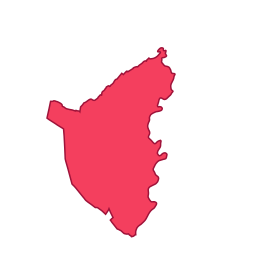 Cu Chi, Hồ Chí Minh city, Vietnam, rotated 41°
{"feature_id": "81297802B99873561685500", "entity_name": "Cu Chi", "entity_type": "district", "adm_level": 2, "iso_a3": "VNM", "parent_name": "Vietnam", "parent_adm1": "Hồ Chí Minh city", "projection": "equal_earth", "projection_center": [106.516, 11.037], "detail": "fine", "context": "isolated", "style": "filled", "palette": "rose", "viewbox_px": 256, "rotation_deg": 41, "n_neighbors": 0, "source": "geoboundaries", "source_scale": "gbopen_adm2", "svg_char_len": 5791}
<svg xmlns="http://www.w3.org/2000/svg" viewBox="0 0 256 256"><g transform="rotate(41 128 128)"><path d="M128.3,56.8L128.1,56.5L127.8,56.5L127.4,56.5L126.8,56.9L126.1,57.4L125.5,57.8L125.3,57.8L125.0,57.8L123.9,57.5L122.1,56.2L121.3,55.9L120.2,55.5L119.5,55.3L118.9,55.3L118.4,55.4L118.1,55.5L117.0,55.9L115.9,56.6L115.2,56.9L114.7,57.0L114.2,57.0L112.3,56.7L110.5,56.4L110.2,56.3L109.9,56.0L109.6,55.6L108.8,54.3L108.5,54.0L107.8,53.4L107.7,53.1L107.7,52.9L107.8,52.6L107.9,52.3L108.7,51.5L109.1,50.9L109.6,49.8L109.8,49.4L109.8,49.1L109.8,48.7L109.8,48.4L109.7,48.2L109.3,48.0L107.9,47.5L107.6,47.4L107.3,47.2L107.1,46.9L106.9,46.5L106.6,45.7L106.1,45.0L106.0,44.8L105.8,44.7L105.4,44.8L104.9,45.7L104.6,46.0L104.1,46.2L103.8,46.1L103.4,45.9L102.7,45.0L102.4,44.8L102.2,44.8L101.8,44.8L101.2,45.1L100.7,45.5L100.3,45.9L100.1,46.4L99.9,47.0L99.8,47.8L99.8,49.7L99.9,50.2L100.0,50.6L100.3,50.8L100.5,50.9L100.9,50.7L101.9,49.7L102.2,49.5L102.4,49.5L102.8,49.7L103.0,49.9L103.1,50.2L103.1,51.1L103.1,52.5L103.1,54.2L103.0,54.8L102.7,56.1L102.4,57.1L101.9,58.1L101.4,59.0L100.8,59.7L99.8,60.9L99.3,61.3L98.9,61.5L97.9,61.5L97.6,64.7L98.0,65.4L96.9,66.1L96.3,67.4L96.2,67.7L96.2,69.1L96.1,70.0L95.3,73.3L95.2,74.3L95.2,75.4L95.1,75.5L94.4,76.0L93.9,76.6L93.0,78.1L92.8,78.6L92.6,79.5L92.8,79.7L91.1,85.4L90.6,85.3L90.3,86.2L89.6,86.2L89.4,90.7L87.4,90.8L87.5,94.8L87.6,98.2L87.5,98.5L87.3,98.7L87.0,99.3L86.8,99.8L86.9,101.4L87.4,103.7L87.4,104.2L87.3,105.1L87.2,105.8L87.0,106.5L86.9,107.3L87.1,108.1L87.1,108.4L87.0,108.6L86.7,108.7L86.0,108.7L85.8,108.8L85.4,109.3L85.2,110.0L84.8,111.1L84.8,111.5L85.1,112.0L85.1,112.7L85.1,113.1L85.1,113.6L85.3,114.3L85.3,114.8L85.3,115.6L85.1,116.4L84.9,117.0L84.9,117.5L85.1,118.2L85.3,118.7L86.0,119.9L86.4,120.3L86.5,120.5L86.3,120.7L85.8,120.8L85.6,120.9L85.4,121.2L85.3,124.3L85.3,124.6L85.5,124.9L85.6,125.2L84.9,128.5L84.6,129.1L83.7,129.8L82.7,130.1L81.6,130.2L80.6,131.0L80.6,131.4L80.3,131.7L80.0,132.5L79.3,135.6L79.0,136.6L78.9,136.9L78.5,137.5L78.3,137.8L78.3,138.4L78.4,139.4L78.5,139.8L78.5,140.7L78.4,143.2L81.0,147.3L80.5,147.2L80.1,147.3L79.0,147.9L78.0,148.7L77.2,148.8L77.2,149.6L75.7,150.3L74.2,150.9L71.7,152.4L69.4,153.6L68.0,154.1L66.3,154.1L64.3,154.7L63.9,154.5L63.1,153.8L62.4,153.6L61.0,153.6L59.6,153.9L57.7,154.4L56.6,154.9L55.8,155.3L55.0,155.5L54.0,156.4L54.0,156.7L53.7,157.2L52.9,158.0L52.1,158.7L55.7,165.1L60.2,173.4L60.4,173.7L62.7,173.5L70.1,172.4L72.7,172.1L79.5,171.0L79.8,171.0L80.0,171.0L85.3,176.2L93.8,185.0L100.9,192.5L102.7,193.8L107.9,197.2L109.9,198.5L122.5,207.0L124.6,207.2L125.5,207.2L128.4,207.6L139.6,209.6L141.0,209.8L141.8,210.0L143.4,210.3L144.0,210.3L146.4,210.2L150.3,209.8L155.5,209.5L155.6,209.4L156.7,208.4L157.0,208.2L157.3,208.1L161.3,207.7L162.9,207.6L167.7,207.8L167.2,203.5L167.0,202.6L166.6,201.4L170.0,203.1L175.5,205.4L175.2,207.3L175.1,209.1L176.2,209.3L177.6,209.7L186.1,211.3L186.8,211.0L187.7,210.7L188.7,210.5L189.8,210.2L190.4,210.1L192.7,210.2L194.1,210.2L194.4,210.1L194.7,210.0L196.0,209.3L196.6,208.9L196.9,208.7L197.7,207.7L197.9,207.6L198.4,207.6L199.0,207.8L199.4,207.8L200.7,207.5L200.9,207.5L201.2,207.5L201.4,207.7L201.7,207.8L201.9,207.8L202.8,206.6L203.2,205.7L203.3,205.1L203.3,204.6L203.3,204.4L203.6,203.9L203.9,203.5L202.8,202.4L201.9,201.3L201.4,200.5L200.9,199.4L200.6,198.5L200.3,197.6L200.2,196.4L200.2,195.6L200.3,194.9L200.5,193.9L200.9,192.4L201.0,191.9L201.3,189.0L201.4,187.5L201.4,186.4L201.2,184.7L201.0,183.8L199.9,179.3L199.6,177.2L199.5,175.5L199.7,173.7L200.2,171.7L200.2,170.5L199.7,167.4L199.4,166.7L199.1,166.3L198.9,166.0L198.5,165.9L198.1,165.8L197.2,166.0L196.6,166.2L195.9,166.7L194.4,168.1L193.8,168.4L193.1,168.4L191.9,168.2L190.3,167.7L189.0,167.2L188.5,166.9L188.1,166.5L187.6,165.9L187.0,164.8L186.1,163.6L183.9,161.5L183.4,160.8L183.1,160.0L182.9,159.0L183.0,158.7L183.1,157.9L184.2,155.1L185.2,152.8L185.5,152.0L185.6,151.0L185.6,149.7L185.6,149.1L185.1,147.8L184.8,147.0L184.2,146.0L183.9,145.7L183.1,145.2L182.4,145.1L180.1,145.2L179.3,145.1L178.4,144.7L177.1,144.0L175.2,143.4L174.8,143.2L174.3,142.8L173.8,142.2L173.3,140.4L172.6,137.8L172.4,136.5L172.4,135.8L172.4,134.0L172.6,133.2L172.7,132.5L173.0,132.0L174.2,130.1L175.2,128.5L176.1,127.3L176.4,126.7L176.6,126.2L176.4,125.5L176.3,125.1L175.1,122.9L174.6,122.3L174.0,122.1L173.5,122.1L172.6,122.3L172.2,122.5L171.8,122.9L171.3,123.6L170.9,124.6L170.7,125.8L170.7,126.8L170.4,127.6L170.2,128.0L170.0,128.3L169.3,128.5L168.2,128.4L167.6,128.2L166.6,127.7L166.3,127.2L165.6,125.8L165.5,125.5L165.0,122.0L164.8,121.2L164.5,120.5L164.2,120.0L162.5,117.9L161.8,116.6L161.4,116.2L161.1,116.0L160.9,116.0L160.6,116.0L160.3,116.5L159.6,117.7L159.3,118.5L159.1,119.2L159.0,121.2L158.8,121.9L158.5,122.2L158.1,122.5L156.5,122.5L153.8,122.1L150.7,122.0L150.2,121.9L149.6,121.7L149.1,121.1L148.8,120.5L148.2,118.5L147.8,117.7L146.9,116.8L145.8,116.2L144.7,115.8L142.8,114.7L142.0,114.1L141.0,112.9L140.7,112.2L140.0,110.7L139.5,108.9L139.1,108.1L139.0,107.8L138.3,107.1L137.5,106.3L137.1,105.7L136.8,104.9L136.4,103.0L136.6,101.9L137.2,100.1L138.0,98.3L138.5,97.3L139.7,95.9L140.8,94.4L141.5,93.0L141.6,92.5L141.6,92.1L141.5,91.6L141.1,90.9L140.9,90.7L140.7,90.6L140.2,90.4L139.1,90.4L138.2,90.9L137.6,91.4L137.1,92.1L136.6,92.3L136.3,92.3L135.7,91.9L135.3,91.4L134.2,88.8L133.2,86.9L132.9,86.3L132.7,85.7L132.6,85.0L132.6,84.3L132.7,84.1L133.0,83.8L133.7,83.4L135.7,83.0L136.6,82.7L137.2,82.1L137.7,81.2L137.9,80.4L138.2,76.9L138.4,75.6L138.4,75.0L138.3,74.1L138.1,73.3L138.0,72.7L138.0,71.4L138.0,71.1L137.9,70.9L137.7,70.7L137.2,70.7L136.7,70.7L136.2,70.7L135.6,70.6L135.1,70.4L134.2,69.7L133.2,68.8L132.4,67.9L131.6,66.3L130.8,63.3L130.5,62.1L130.1,61.0L129.8,60.4L129.1,59.2L128.6,58.2L128.5,57.7L128.5,57.3L128.3,56.8Z" fill="#f43f5e" stroke="#9f1239" stroke-width="1.5"/></g></svg>